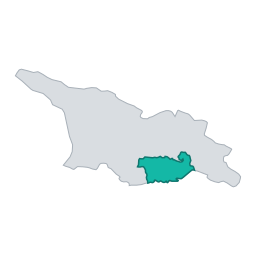 where Kvemo Kartli sits in Georgia
{"feature_id": "GEO-3037", "entity_name": "Kvemo Kartli", "entity_type": "Region", "adm_level": 1, "iso_a3": "GEO", "parent_name": "Georgia", "parent_adm1": "", "projection": "albers", "projection_center": [44.553, 41.504], "detail": "fine", "context": "in_parent", "style": "filled", "palette": "teal", "viewbox_px": 256, "rotation_deg": 0, "n_neighbors": 0, "source": "natural_earth", "source_scale": "10m", "svg_char_len": 3839}
<svg xmlns="http://www.w3.org/2000/svg" viewBox="0 0 256 256"><path d="M129.2,185.6L129.3,184.7L129.0,183.3L128.0,182.4L126.5,181.7L123.7,181.9L121.2,181.2L119.4,179.5L119.0,178.2L120.1,177.1L119.3,176.2L116.2,174.1L111.1,168.8L108.2,167.5L107.1,164.3L106.0,163.5L103.5,163.2L100.9,163.4L100.4,163.8L99.6,164.3L97.4,168.3L96.0,169.7L92.5,169.0L89.6,167.9L87.3,167.3L82.7,166.8L77.5,166.6L73.9,169.4L72.4,169.0L69.8,167.5L65.5,166.2L63.3,165.2L70.1,156.8L72.2,151.7L72.4,148.6L72.6,144.7L69.5,136.5L67.0,124.9L64.4,112.8L62.2,109.2L52.6,104.7L50.5,99.9L43.2,93.5L32.9,90.4L30.9,89.1L22.2,81.1L15.4,75.8L17.0,72.9L19.2,69.9L21.4,69.2L27.7,70.8L33.5,72.5L37.9,71.7L42.9,74.4L47.4,77.4L52.0,79.6L61.1,81.8L64.5,84.6L68.4,87.3L84.0,89.1L85.3,88.8L86.4,88.4L91.7,87.6L96.4,87.9L101.2,91.2L104.4,91.1L107.7,90.7L112.0,92.4L115.4,94.4L115.6,96.3L118.6,99.1L127.2,103.5L134.2,106.0L136.4,107.7L141.7,110.5L142.3,111.4L142.1,112.6L140.6,114.6L140.2,116.5L140.9,117.5L143.1,118.6L147.6,118.8L149.2,117.5L152.5,116.6L155.7,114.9L160.1,112.6L166.1,110.6L168.4,110.6L170.7,111.2L172.3,112.4L175.0,116.6L177.7,110.6L178.4,110.2L180.8,111.4L185.1,113.0L188.1,113.9L189.7,115.1L194.4,120.5L201.8,120.1L204.9,120.9L206.6,121.8L207.4,122.8L206.1,128.3L204.3,133.9L204.5,135.3L207.5,137.3L211.6,139.5L213.8,141.3L215.3,142.9L218.6,144.0L222.4,144.7L224.2,144.8L226.1,146.1L231.0,148.6L231.7,149.2L230.9,150.8L229.0,153.9L227.5,155.4L225.7,155.7L224.0,156.4L223.5,158.0L223.4,160.1L223.8,161.5L224.2,162.1L226.0,162.5L227.8,166.8L230.6,169.0L234.9,171.4L238.7,174.1L240.6,176.7L240.3,178.6L239.2,182.5L236.1,185.9L233.5,186.8L232.5,186.5L230.8,185.5L227.2,183.0L223.4,181.1L220.5,181.8L218.7,182.6L214.9,181.8L210.4,180.1L208.0,178.4L207.0,177.2L207.7,175.0L197.5,171.1L192.7,170.0L190.5,171.2L183.1,177.3L182.2,178.0L176.6,178.8L176.5,179.3L177.8,180.6L177.6,181.0L168.1,181.2L164.9,182.0L156.4,180.9L153.6,181.4L151.2,182.3L145.4,183.3L141.4,184.6L136.3,185.2L131.0,185.2L129.2,185.6Z" fill="#d9dde1" stroke="#a8b0b8" stroke-width="1"/><path d="M183.1,177.4L182.7,177.6L181.9,178.3L181.5,178.6L180.2,178.7L176.9,178.2L176.2,178.8L176.5,179.5L177.8,180.1L178.0,180.4L178.2,180.6L177.8,181.1L176.9,181.2L171.9,181.2L170.4,180.6L169.7,180.5L169.0,180.8L168.5,181.4L168.1,182.1L167.6,182.6L166.9,182.4L166.7,182.0L166.6,181.6L166.4,181.2L166.0,181.2L165.8,181.4L165.1,182.2L164.3,182.4L163.5,182.4L162.7,182.1L160.9,181.0L160.5,180.9L160.1,181.1L159.8,181.3L159.5,181.6L159.2,181.8L158.4,181.9L157.8,181.7L156.1,180.5L155.2,180.1L154.8,180.1L154.4,180.4L154.3,180.8L154.3,181.2L154.1,181.6L153.6,182.1L152.9,182.5L152.2,182.6L150.7,182.2L150.0,182.3L148.6,182.9L147.8,183.1L147.5,180.7L147.1,180.0L146.7,179.3L146.4,177.3L147.0,175.3L146.8,174.3L146.5,173.4L145.8,172.9L145.5,171.9L145.5,170.9L145.4,169.9L145.3,169.3L144.9,169.0L144.3,167.7L143.4,166.7L141.8,166.6L140.2,167.0L138.7,167.0L137.5,166.8L137.7,166.1L138.2,165.7L138.5,164.6L138.8,160.0L139.6,158.6L141.1,158.8L143.2,158.8L144.9,157.0L152.8,157.8L153.8,157.5L154.9,157.3L156.5,157.7L158.2,157.4L160.2,156.4L160.9,156.7L161.4,157.4L162.2,157.7L164.6,157.6L165.1,156.4L167.0,156.7L168.6,157.8L170.2,159.3L172.0,158.4L172.6,158.5L172.8,159.2L173.2,159.8L174.2,159.8L177.0,161.2L177.9,161.3L178.7,161.5L179.7,162.0L181.0,162.0L182.3,161.6L183.3,160.2L182.9,159.0L182.4,159.5L181.9,160.1L181.2,160.3L180.4,160.1L179.8,159.8L179.2,159.4L179.1,158.6L178.8,157.8L178.2,157.2L178.2,156.4L179.2,155.4L180.1,154.4L180.5,153.1L181.0,152.3L181.8,152.0L183.5,152.4L185.2,152.3L186.1,153.3L186.8,154.5L188.0,155.3L189.3,155.5L189.9,156.7L190.2,158.2L190.8,160.6L189.7,163.4L189.9,164.6L190.1,165.5L190.8,165.9L191.9,166.0L192.9,166.3L193.6,167.2L193.8,168.3L194.1,168.8L194.3,169.4L194.5,170.2L193.8,169.9L192.7,169.8L191.6,170.2L186.4,174.6L183.1,177.4Z" fill="#14b8a6" stroke="#0f766e" stroke-width="1.5"/></svg>